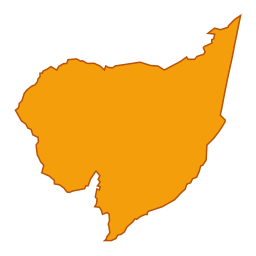 Aguas Buenas, Puerto Rico (Natural Earth projection)
{"feature_id": "32010507B96467798502033", "entity_name": "Aguas Buenas", "entity_type": "district", "adm_level": 2, "iso_a3": "PRI", "parent_name": "Puerto Rico", "parent_adm1": "", "projection": "natural_earth1", "projection_center": [-66.131, 18.251], "detail": "fine", "context": "isolated", "style": "filled", "palette": "amber", "viewbox_px": 256, "rotation_deg": 0, "n_neighbors": 0, "source": "geoboundaries", "source_scale": "gbopen_adm2", "svg_char_len": 1855}
<svg xmlns="http://www.w3.org/2000/svg" viewBox="0 0 256 256"><path d="M240.6,15.4L234.3,19.8L228.5,25.7L228.2,27.2L220.5,29.7L214.6,28.2L207.9,33.3L214.7,34.1L213.7,38.8L211.7,39.7L211.8,43.2L204.2,46.5L203.3,47.9L205.1,51.7L203.8,54.2L197.1,56.4L194.7,59.3L187.9,59.3L186.6,57.0L181.5,60.7L179.8,61.8L164.5,69.9L163.8,69.7L158.1,66.1L150.2,65.4L140.2,62.2L115.4,65.9L112.5,67.8L108.6,67.5L105.7,66.0L104.4,70.0L100.0,66.0L94.1,63.3L87.2,63.4L82.4,60.7L80.8,61.2L76.5,58.9L68.0,59.7L66.7,63.5L63.6,63.6L58.8,66.4L56.7,70.0L50.9,66.6L47.9,68.7L43.1,71.1L42.4,73.0L40.0,73.2L40.0,76.8L38.2,78.5L37.3,82.0L35.0,84.8L31.6,86.2L26.9,90.0L24.2,93.5L21.9,100.9L19.2,103.5L19.0,106.2L18.1,108.2L15.4,110.2L21.5,121.0L26.0,124.2L27.7,128.0L31.1,129.4L32.8,134.8L38.1,137.4L38.4,142.0L37.5,143.0L36.1,145.2L37.3,154.9L38.4,156.8L40.7,161.9L43.8,165.2L41.8,172.8L49.2,176.0L54.3,180.3L54.4,183.9L59.4,184.8L63.8,187.9L66.9,192.0L69.4,192.4L72.9,191.0L84.6,188.7L85.8,185.9L88.1,185.8L90.6,178.8L96.0,171.0L99.9,175.8L98.1,179.5L100.1,181.8L98.6,184.3L97.4,185.9L100.2,186.6L99.2,190.0L96.9,189.0L95.3,197.0L97.1,199.2L96.4,203.9L94.7,206.7L99.3,207.2L101.0,209.6L102.5,214.3L107.0,212.6L109.0,213.9L109.5,220.7L108.2,224.1L108.8,225.8L109.8,232.7L106.9,236.8L106.1,239.3L104.6,240.6L111.3,240.6L115.9,238.5L117.7,235.1L121.1,234.4L124.5,231.8L126.9,227.0L133.2,221.5L134.8,218.9L136.8,219.3L140.5,216.5L145.0,214.5L147.2,214.5L147.4,212.5L148.5,211.3L162.3,206.7L174.5,199.8L178.0,196.2L179.5,194.4L182.7,191.3L185.1,189.3L186.8,184.2L190.7,182.7L192.5,178.8L196.6,177.3L199.2,171.4L200.7,165.9L202.7,165.3L206.2,160.0L206.9,145.1L214.0,138.0L217.2,133.7L217.3,133.6L217.9,133.0L220.3,129.5L225.0,122.0L225.2,120.0L220.3,115.2L222.2,106.1L224.9,91.6L228.3,75.0L231.8,59.2L233.9,48.8L234.0,47.7L240.6,15.4Z" fill="#f59e0b" stroke="#b45309" stroke-width="1.5"/></svg>